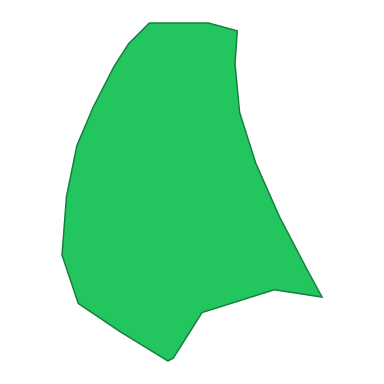 SVG path tracing the border of Middlesbrough
{"feature_id": "GBR-2031", "entity_name": "Middlesbrough", "entity_type": "Unitary Authority", "adm_level": 1, "iso_a3": "GBR", "parent_name": "United Kingdom", "parent_adm1": "", "projection": "orthographic", "projection_center": [-1.245, 54.532], "detail": "fine", "context": "isolated", "style": "filled", "palette": "green", "viewbox_px": 384, "rotation_deg": 0, "n_neighbors": 0, "source": "natural_earth", "source_scale": "10m", "svg_char_len": 395}
<svg xmlns="http://www.w3.org/2000/svg" viewBox="0 0 384 384"><path d="M208.5,23.0L237.3,30.9L235.0,63.9L239.6,112.4L255.8,163.3L279.5,216.8L306.2,267.9L322.0,297.1L274.1,289.8L202.1,312.5L173.3,358.1L167.9,361.0L119.8,331.5L78.3,303.5L62.0,255.0L66.5,196.4L76.9,145.5L93.2,107.2L114.0,66.5L128.7,43.6L149.4,23.0L173.0,23.0L208.5,23.0Z" fill="#22c55e" stroke="#15803d" stroke-width="1.5"/></svg>